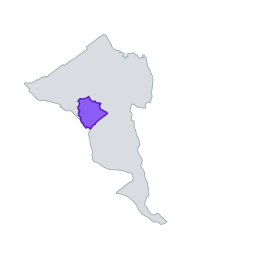 Lom-Et-Djerem, Est, Cameroon shown in context, rotated 143°
{"feature_id": "32672807B76674513300734", "entity_name": "Lom-Et-Djerem", "entity_type": "district", "adm_level": 2, "iso_a3": "CMR", "parent_name": "Cameroon", "parent_adm1": "Est", "projection": "natural_earth1", "projection_center": [14.12, 5.232], "detail": "fine", "context": "in_parent", "style": "filled", "palette": "violet", "viewbox_px": 256, "rotation_deg": 143, "n_neighbors": 0, "source": "geoboundaries", "source_scale": "gbopen_adm2", "svg_char_len": 5493}
<svg xmlns="http://www.w3.org/2000/svg" viewBox="0 0 256 256"><g transform="rotate(143 128 128)"><path d="M71.5,173.2L71.9,171.9L75.1,165.6L77.2,155.5L78.1,153.2L79.0,151.6L83.7,146.3L85.4,144.6L88.0,142.6L89.7,138.7L90.4,138.3L91.1,137.9L95.2,134.6L95.5,135.3L95.8,136.1L96.1,136.4L97.4,136.7L99.2,136.7L100.2,136.4L100.7,135.8L101.3,133.9L101.6,133.6L102.0,133.5L104.0,134.8L107.2,138.4L108.0,139.0L108.3,139.8L109.0,143.1L109.4,143.9L110.1,144.2L111.4,144.0L112.7,143.4L113.8,142.6L114.9,141.5L115.7,140.5L116.0,139.8L116.2,137.1L116.5,136.5L120.7,132.5L120.6,132.2L119.9,131.1L119.3,129.9L119.9,128.6L120.5,127.7L123.0,124.4L123.1,122.0L125.0,118.3L126.2,113.4L126.2,112.5L128.7,107.1L131.4,106.6L132.4,105.8L133.6,104.5L134.3,103.2L134.7,102.1L135.0,99.8L135.4,97.2L135.7,94.9L136.5,92.8L137.9,91.7L140.2,90.8L140.5,90.4L140.9,89.0L141.2,84.3L141.6,82.3L143.7,79.9L144.7,76.3L145.5,72.5L148.0,67.8L150.8,63.2L152.1,62.0L153.2,61.4L154.5,61.4L155.4,61.0L158.5,58.7L159.7,58.0L160.7,57.2L160.9,56.5L161.0,55.5L160.7,53.1L161.2,51.3L161.5,48.6L161.7,46.5L161.6,45.8L161.0,44.6L160.1,43.3L158.5,42.5L156.4,42.3L155.3,41.8L154.9,39.4L154.8,37.8L153.3,29.8L156.0,29.8L159.2,30.8L160.0,31.5L160.4,34.3L161.6,35.8L163.6,37.1L164.9,39.7L165.4,43.8L166.5,46.2L166.8,46.5L168.4,51.1L168.5,53.2L168.3,54.6L169.0,56.3L168.0,59.3L167.7,61.1L167.6,63.7L168.2,68.2L169.2,71.7L170.2,74.5L171.3,76.7L173.1,79.1L175.1,81.4L176.9,82.7L175.2,83.6L171.9,83.7L170.1,83.2L169.2,83.2L168.3,83.5L164.8,83.9L161.2,83.7L158.0,83.1L156.0,83.2L154.5,84.6L153.2,86.6L152.1,88.2L152.5,90.0L153.3,90.9L155.0,93.1L156.5,95.2L157.3,96.6L160.3,99.7L163.3,102.4L164.6,103.4L165.2,103.6L166.7,105.2L168.9,107.7L171.0,111.8L173.8,119.9L174.4,120.6L175.4,121.0L175.5,121.8L175.4,123.1L175.1,124.1L172.9,128.4L170.9,130.0L170.3,131.0L169.6,133.5L167.7,138.3L167.0,138.9L165.2,142.2L163.7,146.3L163.4,147.0L162.8,147.5L160.7,148.5L160.0,149.0L158.9,150.3L158.8,151.1L159.3,152.3L159.9,153.2L161.0,153.2L161.6,154.1L161.6,160.5L161.1,161.4L161.1,161.8L160.8,162.9L160.8,164.2L160.9,164.7L161.3,165.0L161.9,165.9L162.2,167.9L162.9,174.7L163.3,175.8L163.8,176.6L165.7,178.1L167.6,180.0L168.2,181.3L168.6,183.4L169.3,185.0L169.3,185.6L169.0,185.8L167.8,185.9L168.2,187.1L169.2,189.2L174.1,195.5L178.8,201.2L179.9,201.6L180.7,201.8L181.1,202.1L181.5,202.9L183.1,205.0L183.4,206.2L183.0,207.3L183.4,209.1L183.6,209.7L183.6,210.3L183.7,212.5L184.2,214.4L184.9,216.0L184.8,217.1L183.9,217.7L183.3,218.8L183.2,220.2L183.4,222.0L184.1,224.1L184.2,225.4L183.0,226.2L181.8,224.8L180.4,223.8L178.3,222.1L176.2,221.5L173.5,221.4L172.3,221.6L170.3,220.2L169.6,220.0L168.7,220.6L168.1,220.6L167.4,220.4L165.8,220.4L165.7,219.4L165.4,219.2L163.7,219.3L163.2,218.5L162.3,218.3L161.0,217.2L159.6,218.0L156.7,217.9L141.9,217.8L141.5,216.8L140.8,216.2L139.5,216.2L135.5,216.4L132.5,216.2L130.5,215.8L128.0,215.5L124.9,215.7L121.7,215.7L116.1,215.4L113.0,215.5L113.0,216.1L112.8,216.6L112.7,217.7L92.6,217.7L91.0,217.0L90.5,216.5L90.3,215.5L89.9,215.4L90.3,211.3L90.9,208.0L91.2,204.8L92.1,202.1L91.7,199.3L91.1,198.1L88.0,194.2L89.4,192.7L87.6,192.9L87.2,191.4L86.3,189.7L86.9,189.4L87.4,188.4L89.1,188.7L89.0,188.3L87.6,186.8L87.7,186.1L88.3,185.2L88.0,184.9L87.0,185.7L86.2,185.7L85.7,185.2L85.3,185.1L85.5,186.2L84.9,187.2L84.4,187.5L83.4,187.5L82.7,187.2L82.5,186.7L81.8,186.2L79.8,185.5L78.1,184.6L77.7,182.2L77.1,181.2L76.8,180.0L76.6,178.7L76.9,176.7L76.4,176.3L75.9,176.2L75.2,176.3L74.5,176.2L73.7,175.1L73.0,174.7L73.5,176.7L73.0,177.3L71.8,177.1L71.2,176.4L71.1,175.8L71.7,173.3L71.5,173.2Z" fill="#d9dde1" stroke="#a8b0b8" stroke-width="1"/><path d="M135.7,152.0L135.7,152.7L135.6,153.4L135.9,154.0L136.2,154.2L136.8,155.3L137.0,156.6L137.6,156.9L137.7,157.8L138.4,158.9L138.6,159.4L138.6,160.0L137.9,161.9L137.4,162.7L137.1,163.5L136.4,163.6L135.7,163.6L135.0,164.0L135.1,164.3L135.8,164.8L136.7,165.9L137.3,166.5L138.0,167.4L138.4,168.0L138.3,168.6L138.2,169.4L139.3,169.9L140.2,170.0L141.1,172.2L140.9,173.1L140.9,173.3L140.7,176.0L140.4,176.5L141.9,176.8L144.0,177.2L145.1,177.5L145.3,177.6L145.6,177.9L146.1,177.9L146.6,178.4L147.4,178.9L147.9,179.6L148.6,180.3L149.4,180.1L150.3,179.9L150.9,179.9L151.4,179.7L151.8,179.3L151.5,177.7L152.1,176.6L153.5,175.5L155.3,174.9L155.9,174.2L156.2,173.6L156.2,172.0L156.2,171.2L156.3,171.1L156.5,170.8L157.1,170.9L157.3,170.0L157.6,169.7L158.5,169.7L158.8,169.5L159.3,168.6L159.6,168.1L160.0,167.8L159.9,167.2L159.6,166.6L159.7,166.0L159.3,165.5L159.3,164.8L159.6,164.6L159.9,164.5L160.2,164.2L160.3,164.2L160.4,163.9L160.6,163.8L160.5,163.7L160.6,163.4L160.7,163.2L160.9,162.8L161.0,162.6L161.0,162.4L161.1,162.2L161.3,162.1L161.3,161.6L161.4,161.2L161.4,160.9L161.5,160.9L161.6,160.6L161.8,160.3L161.8,160.2L161.6,160.0L161.5,159.7L161.4,159.4L161.3,159.1L161.2,158.9L161.2,158.7L161.3,158.6L161.3,158.4L161.3,158.2L161.5,157.9L161.5,157.7L161.6,157.3L161.7,157.0L161.7,156.5L161.7,156.0L161.7,155.9L161.7,154.9L161.6,154.4L161.6,154.2L161.6,153.8L161.6,153.7L161.5,153.2L161.3,153.1L161.2,153.2L160.9,153.4L160.9,153.5L160.6,153.4L160.2,153.5L159.9,153.5L159.8,153.3L159.7,153.2L159.7,152.9L159.5,152.7L159.4,152.3L159.3,152.2L159.1,152.0L158.9,151.7L158.8,151.4L158.7,151.2L158.7,150.8L158.7,150.7L158.8,150.5L158.7,150.4L158.4,150.3L158.2,149.7L157.9,149.8L157.4,150.5L156.7,150.4L156.2,150.8L155.3,150.9L153.1,151.3L152.4,150.7L152.1,150.7L151.3,151.1L150.0,151.8L147.4,151.9L144.1,152.0L142.8,152.0L137.0,152.0L135.7,152.0Z" fill="#8b5cf6" stroke="#5b21b6" stroke-width="1.5"/></g></svg>